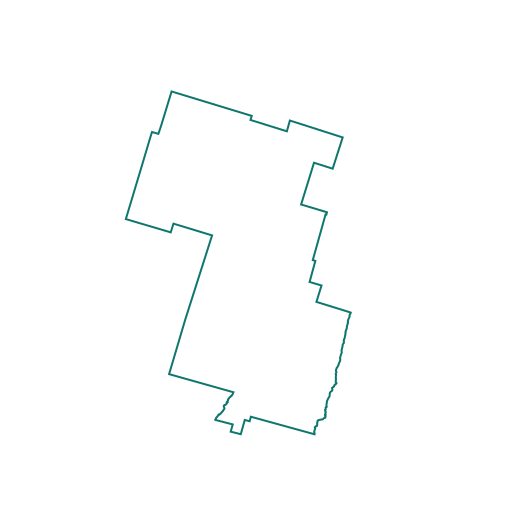 Adolfo Gonzáles Chaves, Buenos Aires, Argentina, rotated 62°
{"feature_id": "61730980B59817068959156", "entity_name": "Adolfo Gonzáles Chaves", "entity_type": "district", "adm_level": 2, "iso_a3": "ARG", "parent_name": "Argentina", "parent_adm1": "Buenos Aires", "projection": "mercator", "projection_center": [-59.838, -37.941], "detail": "fine", "context": "isolated", "style": "outline", "palette": "teal", "viewbox_px": 512, "rotation_deg": 62, "n_neighbors": 0, "source": "geoboundaries", "source_scale": "gbopen_adm2", "svg_char_len": 5850}
<svg xmlns="http://www.w3.org/2000/svg" viewBox="0 0 512 512"><g transform="rotate(62 256 256)"><path d="M381.6,368.9L393.8,355.6L399.2,360.8L406.2,353.1L395.5,342.9L398.9,339.2L395.5,336.0L440.9,288.0L440.6,287.8L440.4,287.8L440.3,287.6L439.9,287.5L439.5,287.4L439.2,287.4L438.8,287.3L438.6,287.2L438.1,286.8L438.0,286.6L437.7,286.3L437.5,286.2L437.2,286.0L437.1,285.9L436.9,285.6L436.6,285.2L436.3,285.0L436.0,284.7L435.8,284.6L435.4,284.5L435.0,284.5L434.9,284.5L434.8,284.3L434.8,284.1L434.7,283.9L434.6,283.6L434.4,283.3L434.4,283.0L434.5,282.7L434.7,282.4L434.7,282.2L434.5,281.9L434.3,281.7L434.0,281.4L433.7,281.2L433.4,281.0L433.2,280.8L432.8,280.7L432.6,280.6L432.3,280.5L432.2,280.4L431.9,280.3L431.8,280.2L431.6,279.9L431.4,279.7L431.1,279.5L430.9,279.2L430.7,279.1L430.6,278.9L430.3,278.8L430.3,278.6L430.3,278.3L430.3,277.9L430.4,277.3L430.5,276.9L430.7,276.4L430.8,276.0L430.9,275.4L431.1,274.8L431.4,274.5L431.5,274.0L431.5,273.4L431.4,272.9L431.2,272.6L431.0,272.1L431.1,271.6L431.2,271.1L431.3,270.7L430.9,270.5L430.5,270.4L430.3,270.0L430.0,269.6L429.5,269.6L429.3,269.9L428.9,269.8L428.5,269.6L428.3,269.2L428.3,268.8L427.8,268.7L427.2,268.5L427.0,268.2L426.9,267.9L426.6,267.6L426.2,267.6L425.9,267.7L425.4,267.7L425.0,267.5L424.5,267.4L424.2,267.2L424.3,266.7L424.1,266.4L423.7,266.2L423.3,266.0L422.7,265.8L422.4,265.5L422.3,265.3L422.4,265.0L422.5,264.6L422.2,264.3L421.5,264.1L420.8,263.8L420.2,263.5L419.7,263.2L419.3,262.7L418.8,262.4L418.4,262.1L418.0,261.8L417.6,261.6L417.3,261.2L417.0,260.9L416.7,260.5L416.4,260.0L416.2,259.8L415.8,259.3L415.6,259.0L415.4,258.8L415.3,258.4L415.1,257.9L414.9,257.6L414.5,257.3L414.3,256.9L413.8,256.5L413.5,256.3L413.0,256.0L412.4,255.7L412.1,255.3L411.7,255.1L411.3,254.7L411.1,254.3L410.9,253.7L410.8,253.1L410.8,252.5L410.6,252.0L410.3,251.6L409.8,251.2L409.4,251.1L408.8,251.0L408.3,250.9L408.2,250.5L408.1,250.0L408.0,249.5L407.9,249.1L407.9,248.4L407.6,248.1L407.0,247.7L407.0,247.4L406.9,247.0L406.6,246.6L406.7,246.0L406.4,245.7L406.4,245.3L406.3,244.9L406.0,244.7L405.8,244.5L405.6,244.5L405.3,244.7L404.9,244.8L404.3,244.6L404.0,244.4L403.6,244.0L403.2,243.8L402.9,243.6L402.5,243.4L402.0,243.1L401.5,242.9L401.4,242.8L400.9,242.7L400.4,242.4L400.1,242.2L399.7,241.9L399.3,241.6L398.9,241.3L398.4,241.0L398.0,241.1L397.5,241.0L397.3,240.7L397.1,240.5L396.8,240.1L396.6,239.7L396.3,239.5L396.0,239.5L395.7,239.5L395.3,239.5L394.8,239.3L394.3,239.0L393.9,238.5L393.5,238.1L393.0,237.6L392.7,237.3L392.6,236.6L392.1,236.1L391.7,235.6L391.4,235.1L391.4,234.7L391.0,234.3L390.3,233.9L390.1,233.5L389.8,233.1L389.4,232.7L389.2,232.4L388.9,232.1L388.6,231.6L388.2,231.2L388.0,230.9L387.7,230.7L387.3,230.3L386.8,230.1L386.4,230.0L385.9,229.9L385.4,229.6L385.0,229.1L384.4,228.7L384.0,228.3L383.6,227.9L383.2,227.6L383.0,227.3L382.6,226.8L382.2,226.5L381.8,225.9L381.3,225.5L380.7,225.3L380.1,225.0L379.3,224.7L379.2,224.4L378.6,224.0L378.3,223.7L377.9,223.3L377.3,222.9L377.0,222.5L376.5,222.1L376.2,221.8L375.7,221.6L375.1,221.2L374.7,220.7L374.5,220.4L374.4,220.0L374.0,219.4L373.9,219.1L373.4,218.9L372.9,218.7L372.5,218.5L372.4,218.4L372.2,218.4L371.8,218.1L371.6,218.0L371.4,217.8L371.2,217.6L371.0,217.3L370.8,217.2L370.6,217.0L370.5,216.9L370.4,216.7L370.0,216.2L369.6,215.8L369.3,215.6L369.0,215.4L368.7,215.2L368.3,214.9L368.0,214.5L367.8,214.3L367.5,214.2L367.3,214.0L367.0,213.7L366.7,213.6L366.4,213.4L366.1,213.3L365.8,213.0L365.7,212.9L365.6,212.7L365.3,212.7L364.9,212.5L364.6,212.2L364.3,212.0L364.2,211.7L363.9,211.5L363.7,211.3L363.6,211.0L363.5,210.8L363.2,210.7L362.9,210.2L362.5,210.0L362.3,209.7L362.2,209.6L361.7,209.3L361.3,209.1L360.9,208.9L360.7,208.6L360.4,208.4L360.1,208.0L359.7,207.7L359.4,207.4L359.2,207.2L359.0,206.9L358.6,206.7L358.3,206.4L358.2,206.1L357.7,206.0L357.4,206.0L356.9,205.6L356.7,205.4L356.4,205.3L356.2,204.9L355.7,204.7L355.4,204.3L355.2,204.0L354.9,203.7L354.6,203.2L354.3,202.9L354.0,202.6L353.8,202.3L353.6,202.1L353.5,201.9L353.2,201.6L352.8,201.5L352.5,201.3L352.2,201.1L351.9,200.9L351.7,200.6L351.5,200.3L351.3,199.9L351.2,199.6L350.9,199.3L350.7,199.2L350.5,198.9L350.4,198.9L324.9,224.2L312.8,212.0L304.1,220.9L288.2,205.9L286.3,207.8L252.0,175.1L252.5,174.5L250.7,172.8L231.7,192.0L200.9,161.0L214.9,147.3L192.0,123.8L152.3,162.5L160.4,170.2L133.3,197.0L130.3,194.0L71.1,253.3L96.3,278.5L100.6,283.0L102.3,284.9L97.7,289.6L100.6,292.6L121.0,312.7L162.3,353.6L195.1,320.2L188.7,313.7L217.2,285.1L278.9,348.3L319.5,388.2L365.7,339.9L365.9,340.2L366.1,340.5L366.4,340.8L366.7,341.0L367.0,341.4L367.2,341.8L367.4,342.1L367.6,342.4L367.7,342.9L367.9,343.1L368.0,343.4L367.9,343.7L368.0,343.9L368.2,344.2L368.2,344.5L368.4,345.0L368.3,345.3L368.4,345.6L368.6,346.0L368.7,346.4L369.0,346.6L369.2,346.9L369.2,347.3L369.4,347.8L369.7,348.2L370.1,348.4L370.4,348.5L370.6,348.9L370.7,349.2L370.9,349.4L371.2,349.4L371.4,349.5L371.2,349.7L371.3,349.9L371.2,350.1L371.3,350.5L371.6,350.7L371.9,350.6L372.0,350.7L372.2,350.8L372.5,351.0L372.7,351.4L372.8,351.7L372.8,352.0L372.9,352.4L373.1,352.8L373.1,353.1L373.0,353.4L372.8,353.7L372.8,354.0L373.0,354.3L373.1,354.7L373.3,354.9L373.6,355.0L373.9,355.1L374.2,355.2L374.6,355.2L374.9,355.2L375.1,355.3L375.5,355.3L375.8,355.4L376.0,355.6L376.2,355.9L376.3,356.2L376.4,356.5L376.7,356.9L376.8,357.2L376.9,357.5L377.1,357.7L377.3,358.0L377.5,358.2L377.5,358.6L377.5,358.8L377.6,359.0L377.8,359.3L377.8,359.5L378.0,359.8L378.0,360.1L378.1,360.3L378.2,360.6L378.3,360.8L378.6,361.1L378.6,361.4L378.7,361.7L378.6,362.0L378.8,362.4L378.9,362.7L378.7,362.9L378.5,363.1L378.5,363.4L378.5,363.7L378.7,363.9L379.0,364.2L379.1,364.4L379.3,364.7L379.4,364.9L379.4,365.2L379.5,365.5L379.8,365.8L379.9,366.0L379.9,366.3L379.9,366.5L380.0,366.8L380.2,367.1L380.3,367.3L380.6,367.6L380.8,367.8L381.0,368.0L381.4,368.6L381.5,368.9L381.6,368.9Z" fill="none" stroke="#0f766e" stroke-width="2"/></g></svg>